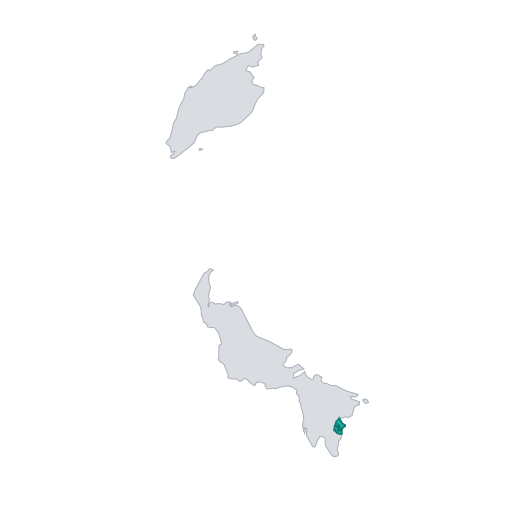 location of Sandakan, Sabah, Malaysia, rotated 75°
{"feature_id": "92858781B38281907433738", "entity_name": "Sandakan", "entity_type": "district", "adm_level": 2, "iso_a3": "MYS", "parent_name": "Malaysia", "parent_adm1": "Sabah", "projection": "albers", "projection_center": [118.031, 5.791], "detail": "fine", "context": "in_parent", "style": "filled", "palette": "teal", "viewbox_px": 512, "rotation_deg": 75, "n_neighbors": 0, "source": "geoboundaries", "source_scale": "gbopen_adm2", "svg_char_len": 7250}
<svg xmlns="http://www.w3.org/2000/svg" viewBox="0 0 512 512"><g transform="rotate(75 256 256)"><path d="M433.4,255.2L430.7,254.7L426.9,252.4L423.0,251.5L411.8,251.5L410.2,250.8L408.0,252.1L404.1,250.9L401.9,251.1L399.4,252.5L395.9,251.2L394.1,253.3L391.8,254.6L389.4,260.2L388.8,266.9L389.3,271.0L388.2,273.3L387.7,278.0L386.8,280.1L383.6,280.9L382.2,280.2L379.4,283.1L378.7,284.3L378.5,288.8L380.7,290.3L380.7,291.3L376.1,295.0L372.0,297.2L371.4,299.1L373.0,303.1L372.3,305.0L370.1,306.0L368.5,311.1L366.6,314.3L365.9,314.7L363.1,313.6L352.4,315.0L349.3,317.6L346.2,319.3L343.8,317.7L342.6,317.8L332.7,314.8L332.3,312.3L331.3,311.9L321.0,312.0L314.6,314.5L312.2,321.0L308.7,321.6L306.2,323.8L301.7,323.5L299.0,324.1L294.7,323.0L290.6,322.8L277.4,326.7L273.2,323.8L260.6,312.0L258.8,310.0L258.5,306.4L257.1,305.8L256.6,304.8L256.4,303.8L258.4,300.9L260.4,304.7L263.5,306.8L269.0,308.3L274.2,307.9L281.3,311.8L283.7,312.4L286.2,312.2L290.6,315.1L293.4,315.2L289.7,313.2L289.1,311.6L289.5,310.0L291.9,307.7L292.3,304.1L294.1,300.6L294.5,298.9L293.2,297.7L293.0,295.5L294.0,292.4L296.4,294.0L298.5,293.7L298.5,288.1L300.1,285.8L302.5,284.1L327.1,278.8L331.1,277.6L333.9,275.9L342.8,264.3L353.4,253.3L354.8,249.4L354.7,246.6L355.3,246.0L356.5,245.6L358.8,247.1L360.0,248.2L362.1,252.9L364.2,253.1L367.5,257.7L368.3,258.2L369.3,257.9L372.0,255.0L372.8,252.9L372.2,252.6L373.5,250.1L372.4,248.6L371.5,243.0L377.6,239.0L377.6,243.6L379.3,250.2L382.4,251.2L384.0,250.8L383.1,248.8L382.9,244.9L382.0,242.3L380.1,239.0L385.3,238.3L389.2,234.8L389.8,232.6L387.3,231.3L386.3,229.6L386.3,227.8L390.3,223.6L390.8,224.8L393.3,225.2L394.6,225.1L396.3,223.4L397.2,220.9L400.3,217.5L402.1,212.1L409.9,203.5L416.1,193.2L417.3,194.0L417.7,196.8L416.3,201.6L419.0,200.5L423.8,193.7L426.5,194.8L426.3,196.6L427.4,200.1L435.0,204.6L436.1,209.0L434.4,210.7L435.0,214.9L434.4,216.3L431.9,217.5L438.8,216.3L442.9,213.8L445.3,218.0L441.4,219.7L442.2,221.4L445.9,220.4L448.2,218.9L450.5,219.2L454.0,220.9L455.1,221.9L455.8,224.0L458.4,224.7L463.7,227.5L468.6,227.5L470.3,228.9L470.2,232.6L467.6,234.7L457.5,237.8L454.9,237.7L451.1,236.6L448.5,237.2L446.8,240.7L449.9,244.3L455.1,247.9L455.8,248.8L454.8,250.6L443.0,253.5L440.5,253.2L436.1,251.4L433.4,255.2ZM52.1,199.1L53.5,194.1L55.3,193.9L57.1,196.9L63.2,199.3L65.1,198.6L66.0,199.1L66.8,199.9L68.4,203.9L72.4,204.1L72.6,210.4L70.8,212.8L70.5,214.4L73.3,217.5L75.0,216.8L76.5,214.2L83.1,211.8L85.7,214.7L88.2,214.8L90.0,213.8L91.5,210.5L94.2,207.9L95.2,204.8L99.0,205.7L100.4,206.5L104.5,213.4L110.0,218.3L114.1,221.1L116.5,223.7L123.2,236.1L123.9,240.1L124.1,246.2L122.8,255.3L121.4,259.9L121.6,262.0L123.3,265.4L122.7,268.5L122.6,278.3L124.7,281.8L130.6,286.2L139.1,305.3L140.5,310.6L139.6,312.6L138.0,313.1L136.7,312.0L135.9,309.4L133.8,307.3L134.0,311.0L130.1,310.5L127.4,311.0L124.2,313.5L122.6,313.5L120.0,308.7L110.0,303.0L106.3,301.5L102.5,297.3L93.8,292.5L88.3,288.0L85.9,285.2L80.3,282.6L77.9,279.7L75.5,278.0L76.8,275.3L75.8,270.0L71.9,265.0L70.0,261.6L66.3,258.2L63.4,253.9L65.2,252.7L62.4,248.2L61.5,244.9L61.7,238.8L58.9,230.1L56.6,218.0L57.2,213.9L56.7,209.3L52.1,199.1ZM424.0,189.3L422.7,190.4L422.4,187.2L424.2,185.6L426.7,185.3L426.8,188.1L426.2,188.9L424.0,189.3ZM46.2,198.4L47.6,200.8L46.4,202.1L45.5,201.7L43.7,202.8L41.9,200.4L41.7,199.3L44.0,199.5L46.2,198.4ZM297.3,292.9L296.6,293.2L295.6,292.4L295.4,285.7L296.1,285.2L297.1,286.5L297.3,292.9ZM56.2,221.9L54.4,225.0L52.8,224.6L53.2,221.0L54.2,220.6L56.2,221.9ZM440.2,254.9L437.2,255.3L435.1,255.2L435.4,253.5L436.4,253.2L440.2,254.9ZM139.7,283.1L138.1,283.2L137.7,282.3L139.0,280.0L139.7,283.1ZM76.0,275.8L74.9,276.1L75.1,274.8L75.9,274.0L76.0,275.8Z" fill="#d9dde1" stroke="#a8b0b8" stroke-width="1"/><path d="M450.2,219.5L450.0,219.4L450.0,219.2L449.8,219.0L449.7,218.9L449.4,219.0L448.8,218.9L448.6,218.7L448.4,218.6L448.1,218.5L447.8,218.6L447.4,218.3L447.2,218.3L446.8,218.3L446.6,218.3L446.4,218.3L446.1,218.7L446.1,218.8L446.4,219.1L446.5,219.1L446.4,219.2L446.1,219.3L446.3,219.8L446.1,220.1L446.3,220.3L446.4,220.5L446.2,220.6L445.9,220.7L445.7,220.7L445.7,220.8L445.6,221.0L445.7,221.3L445.8,221.4L446.0,221.5L446.0,221.8L446.2,222.0L445.9,221.9L445.7,222.0L445.6,222.4L445.4,222.2L445.3,221.8L445.3,221.6L445.2,221.5L445.1,221.4L444.9,221.5L444.6,221.7L444.4,221.6L444.2,221.5L444.3,221.2L444.0,221.1L443.8,221.2L443.6,221.3L443.5,221.5L443.4,221.6L443.2,221.7L442.9,221.8L442.7,222.0L442.4,222.0L442.2,222.1L441.7,222.1L441.6,221.9L441.8,221.8L441.6,221.7L441.5,221.8L441.4,221.8L441.4,221.7L441.4,221.3L441.2,221.3L441.2,221.2L441.3,221.1L441.5,221.2L441.6,220.9L441.3,220.8L441.1,220.7L440.9,220.8L440.8,220.7L440.7,220.6L440.9,220.4L440.7,220.2L440.8,220.2L441.0,220.1L440.9,219.9L440.7,219.8L440.6,219.7L440.8,219.5L440.8,219.4L441.4,219.5L441.7,219.5L441.8,219.5L441.9,219.4L441.9,219.2L442.0,219.2L442.0,219.3L442.3,219.2L442.4,219.3L442.6,219.3L442.7,219.2L442.8,219.1L443.0,219.1L442.9,219.3L443.2,219.6L443.3,219.6L443.6,219.5L443.9,219.4L444.0,219.2L444.3,219.2L444.5,219.2L444.6,218.8L444.9,218.7L445.0,218.6L445.3,218.5L445.5,218.5L445.6,218.3L445.7,218.2L445.3,217.8L445.1,217.8L445.0,217.7L444.9,217.6L444.9,217.4L444.9,217.2L445.0,217.2L444.9,217.0L444.7,217.1L444.4,217.0L444.3,216.9L444.2,216.8L444.0,216.7L443.9,216.4L444.0,216.4L444.3,216.1L444.3,215.9L444.0,215.6L443.8,215.3L443.6,215.0L443.5,214.9L443.7,214.6L443.7,214.4L443.8,214.3L443.8,214.2L443.7,214.2L443.6,214.3L443.3,214.4L443.2,214.4L443.0,214.1L443.0,213.9L443.0,213.7L442.9,213.7L442.7,213.7L442.4,213.5L442.2,213.7L442.1,213.8L442.2,214.0L442.2,214.3L442.0,214.2L441.9,214.3L441.5,214.7L441.1,214.9L440.7,215.2L440.6,215.4L440.7,215.7L440.7,215.8L440.6,216.0L440.3,216.1L440.0,216.2L439.6,216.4L439.4,216.4L438.3,216.3L437.6,216.3L437.5,216.6L437.7,216.8L437.8,216.9L437.8,217.0L437.6,217.1L437.4,217.1L437.2,217.2L436.9,217.2L436.5,217.2L436.3,217.2L436.1,217.1L435.8,217.0L435.6,217.0L435.4,217.1L435.0,217.2L434.8,217.3L434.6,217.3L434.4,217.3L434.4,217.6L434.4,218.2L434.6,218.3L434.7,218.5L434.9,218.6L436.3,220.8L436.8,221.8L437.6,221.8L438.1,222.0L438.5,221.6L438.6,221.9L438.7,222.1L438.5,222.4L439.0,223.1L440.1,222.4L440.5,222.5L440.9,222.6L441.2,222.6L440.4,224.0L441.4,224.6L443.5,224.8L443.6,225.7L445.1,225.7L445.1,224.5L446.0,224.2L446.4,224.5L448.6,223.2L448.4,222.9L448.3,222.7L448.7,222.3L448.8,222.1L449.3,221.9L449.4,221.7L449.4,221.3L449.7,221.1L449.9,220.9L450.1,220.4L450.2,219.5ZM441.4,219.6L441.1,219.5L440.9,219.4L440.8,219.5L440.9,219.8L441.1,219.8L441.3,219.9L441.5,219.8L441.8,220.0L441.9,220.4L441.9,220.5L442.0,220.6L442.3,220.6L442.6,220.6L442.8,220.7L443.1,220.4L443.1,220.2L443.1,219.9L443.0,220.0L442.9,220.0L442.9,219.9L442.7,220.0L442.5,219.8L442.4,219.7L442.0,219.6L441.7,219.6L441.4,219.6ZM445.1,219.8L445.0,219.7L444.8,219.7L444.8,219.8L444.8,220.1L445.0,220.0L445.3,220.0L445.4,219.9L445.2,219.8L445.1,219.8ZM445.9,218.2L446.0,218.1L446.1,217.9L446.0,217.7L445.9,217.6L446.0,217.6L445.9,217.5L445.8,217.4L445.9,217.5L445.9,217.8L445.8,218.0L445.9,218.2ZM445.7,220.4L445.6,220.5L445.8,220.6L445.7,220.4ZM441.5,220.2L441.4,220.1L441.5,220.2L441.5,220.2ZM441.1,220.6L440.9,220.5L441.0,220.6L441.1,220.6ZM442.3,219.6L442.2,219.6L442.3,219.6L442.3,219.6Z" fill="#14b8a6" stroke="#0f766e" stroke-width="1.5"/></g></svg>